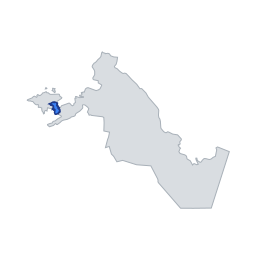 Pap, Namangan, Uzbekistan shown in context, rotated 188°
{"feature_id": "79887680B13435458352129", "entity_name": "Pap", "entity_type": "district", "adm_level": 2, "iso_a3": "UZB", "parent_name": "Uzbekistan", "parent_adm1": "Namangan", "projection": "albers", "projection_center": [70.772, 41.09], "detail": "fine", "context": "in_parent", "style": "filled", "palette": "blue", "viewbox_px": 256, "rotation_deg": 188, "n_neighbors": 0, "source": "geoboundaries", "source_scale": "gbopen_adm2", "svg_char_len": 5651}
<svg xmlns="http://www.w3.org/2000/svg" viewBox="0 0 256 256"><g transform="rotate(188 128 128)"><path d="M202.1,120.2L205.9,118.3L208.0,119.6L208.2,120.3L205.9,121.6L203.8,122.4L203.1,124.1L201.1,124.9L198.9,127.3L195.6,129.8L195.6,130.3L195.9,130.7L196.9,131.0L199.1,132.4L201.2,131.6L201.7,131.8L202.3,132.6L202.9,134.8L203.8,135.4L206.9,136.6L209.1,136.6L210.3,137.0L210.5,136.8L210.6,133.5L211.6,134.0L212.6,133.6L213.0,132.0L212.8,130.9L213.5,130.2L213.9,130.7L214.0,131.6L215.1,132.3L215.9,133.9L216.2,135.8L218.3,136.3L219.1,135.9L219.7,136.1L220.0,138.5L220.3,138.7L222.1,138.2L223.9,139.1L225.8,140.9L227.9,141.0L228.3,141.3L229.8,140.9L231.6,141.4L231.6,141.7L231.3,142.1L227.2,144.4L226.1,145.9L225.2,146.5L222.7,145.7L222.3,146.6L222.8,147.5L222.2,148.5L220.9,148.2L220.7,147.7L219.4,148.0L218.0,149.6L217.3,150.9L216.0,151.3L214.1,152.6L213.3,151.6L212.0,151.8L210.2,150.7L209.3,150.5L201.3,151.9L200.7,151.7L199.8,149.9L197.8,149.0L197.9,148.1L202.0,144.4L202.5,143.2L201.1,142.6L201.4,141.6L198.7,138.6L198.2,138.5L197.9,138.6L196.9,140.8L189.8,144.5L188.8,144.1L187.2,142.7L186.2,142.2L184.9,143.3L184.9,144.8L183.6,145.9L184.7,149.7L184.6,150.2L183.6,150.3L184.3,151.8L183.7,152.0L180.3,151.3L176.4,152.1L176.5,152.8L180.0,152.7L180.5,153.0L180.5,153.5L180.3,153.8L178.5,154.1L178.3,154.7L179.2,156.4L178.7,156.8L178.1,156.4L177.5,157.5L176.3,157.4L175.6,160.7L174.6,161.8L173.2,162.4L164.8,160.6L162.6,161.6L161.1,163.0L160.0,166.5L160.1,167.0L163.7,168.5L164.1,170.7L168.5,171.0L169.3,171.4L169.6,172.0L169.8,172.6L168.4,176.1L168.8,179.2L169.5,180.7L172.0,183.6L171.9,185.1L171.2,186.4L170.5,187.6L169.7,188.1L168.5,189.5L167.5,191.3L165.5,193.7L164.8,195.0L164.5,198.9L163.9,200.1L163.9,199.6L163.2,199.1L161.2,198.9L160.9,198.4L158.3,199.2L156.7,198.8L155.2,197.1L152.1,196.4L148.2,196.6L148.2,192.5L148.6,189.5L150.0,187.2L150.0,186.8L149.3,185.9L147.0,185.2L144.4,183.2L141.9,181.8L140.5,181.3L138.8,181.9L137.3,181.6L130.9,176.4L125.4,172.5L121.7,168.6L119.9,168.9L115.1,165.2L112.2,161.4L102.3,152.8L100.4,150.7L100.0,149.7L99.6,144.8L98.9,142.6L97.7,141.3L96.8,138.9L95.6,133.1L95.1,132.0L92.2,129.4L90.5,128.6L89.2,128.8L88.4,129.7L87.3,129.7L82.9,128.2L77.9,128.1L73.8,124.7L73.6,124.2L73.7,123.4L74.8,121.6L74.7,120.8L74.2,119.8L74.4,118.9L74.8,118.4L75.6,118.7L75.9,118.4L75.9,117.9L75.0,116.6L73.2,115.3L73.7,114.6L74.0,112.8L74.4,111.9L74.2,111.5L72.8,110.0L68.0,109.3L66.9,108.8L66.1,108.1L65.4,106.0L65.0,105.5L61.8,104.2L58.9,100.3L58.0,101.7L57.3,101.9L54.8,101.2L53.4,101.9L56.1,105.9L56.6,107.1L56.5,107.7L55.6,107.7L55.0,105.9L54.5,105.3L51.7,104.0L50.5,104.9L50.1,106.2L48.4,108.3L46.8,108.5L43.2,108.1L42.1,108.5L41.2,109.0L39.6,110.8L37.5,112.1L37.1,118.7L38.1,120.5L36.7,121.7L24.4,118.7L34.4,60.3L52.1,57.6L64.8,55.9L90.2,78.0L90.8,78.8L91.0,80.5L91.6,81.8L100.1,93.7L114.4,92.8L128.8,95.2L134.3,93.0L138.3,98.0L140.8,99.9L144.0,107.1L147.6,105.4L146.6,113.8L146.0,116.3L145.7,121.3L151.5,121.7L152.4,129.9L153.4,135.0L154.7,135.6L165.9,135.4L166.7,135.8L168.3,135.3L169.3,137.0L170.4,138.1L169.5,141.6L170.8,143.0L173.9,144.8L175.8,144.8L176.2,144.2L176.1,143.4L175.7,142.5L175.7,141.4L176.1,140.7L178.0,138.1L181.1,135.5L181.8,134.6L182.1,132.9L183.2,132.0L185.8,131.0L186.2,130.2L189.4,128.1L193.0,126.8L194.6,125.8L196.2,123.8L198.5,121.6L199.4,121.6L200.0,122.3L200.5,122.3L202.1,120.2ZM201.3,140.1L200.9,139.0L200.3,138.6L200.0,138.8L200.9,140.1L201.3,140.1ZM208.1,156.9L205.7,156.8L206.1,155.3L205.2,154.5L205.1,153.7L205.3,153.0L205.9,152.8L206.6,153.9L208.4,154.4L207.8,155.5L208.2,156.7L208.1,156.9ZM215.3,155.2L214.9,156.6L213.8,156.0L214.0,155.6L215.3,155.2Z" fill="#d9dde1" stroke="#a8b0b8" stroke-width="1"/><path d="M205.5,136.1L205.1,136.4L204.9,136.3L204.8,136.0L204.5,135.8L204.3,135.7L204.1,135.4L203.9,135.3L203.7,135.4L203.6,135.6L203.5,135.8L203.4,136.1L203.2,136.2L202.9,136.0L202.8,135.8L202.8,135.5L203.0,135.2L202.9,134.7L202.8,134.1L202.9,133.8L203.0,133.5L202.8,133.0L202.7,132.7L202.4,132.2L202.2,131.9L202.1,131.6L201.7,131.5L201.3,131.7L201.2,131.7L200.6,131.8L200.4,132.0L200.2,132.2L200.0,132.4L199.8,132.6L199.7,132.6L199.3,132.6L199.2,132.5L198.8,133.7L198.5,134.0L198.0,134.3L197.8,134.1L197.7,134.4L197.6,135.1L198.3,135.1L198.3,135.3L198.0,135.8L198.0,136.1L198.1,136.6L198.6,136.8L198.3,137.0L198.6,137.3L199.0,137.6L199.4,137.7L199.1,137.9L198.9,138.1L198.9,138.4L199.0,138.4L199.2,138.5L199.6,139.0L199.9,139.2L200.1,139.4L200.1,139.5L200.6,140.1L201.1,140.8L201.2,141.2L201.5,141.4L201.6,141.5L201.7,141.8L201.8,142.1L202.0,142.4L202.0,142.5L201.9,142.6L201.7,142.6L201.5,142.1L201.4,142.1L201.4,142.4L201.3,142.7L201.3,142.8L201.7,143.0L202.5,143.1L202.8,143.3L203.0,143.5L202.9,143.6L203.2,143.5L203.6,143.4L203.9,143.3L204.2,143.0L204.4,143.0L204.6,143.1L205.1,143.0L205.1,143.4L205.3,143.3L205.6,143.3L205.8,143.2L206.1,143.1L206.2,142.9L206.5,142.8L206.7,142.5L207.0,142.4L207.4,142.2L207.6,141.8L207.8,141.5L208.1,141.5L208.2,141.4L208.5,141.3L208.8,141.1L209.2,141.2L209.4,141.0L209.1,141.0L208.7,140.7L208.2,140.8L208.1,140.6L208.1,140.4L207.9,140.1L207.8,139.8L207.3,139.8L207.0,139.9L206.7,140.1L206.6,140.4L206.4,140.3L206.4,140.0L206.2,140.1L206.0,139.9L205.7,139.6L205.3,139.7L205.0,139.5L204.8,139.2L204.8,138.9L204.8,138.7L205.0,138.5L204.9,138.3L205.0,138.1L204.3,137.4L204.3,137.1L204.8,137.1L204.9,136.9L205.1,136.7L205.5,136.7L205.5,136.1ZM201.5,140.5L201.4,140.5L201.2,140.2L201.0,139.9L200.6,139.5L200.4,139.4L200.2,139.4L200.2,139.2L200.3,139.1L200.4,138.9L200.5,138.9L200.6,139.0L200.7,139.3L200.9,139.5L201.0,139.7L201.2,139.9L201.4,140.1L201.7,140.3L201.7,140.5L201.5,140.5Z" fill="#3b82f6" stroke="#1e3a8a" stroke-width="1.5"/></g></svg>